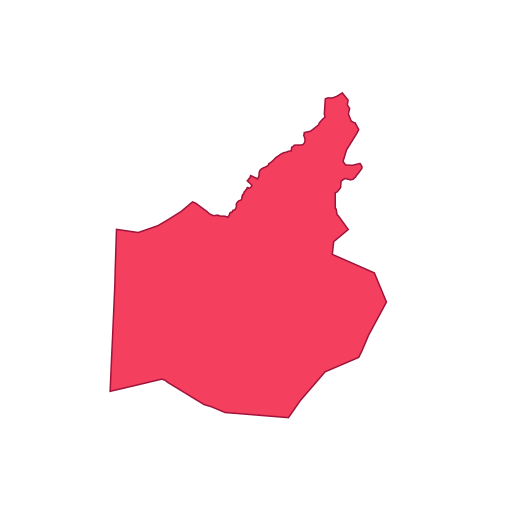 Ori Ire, Oyo, Nigeria (Natural Earth projection), rotated 205°
{"feature_id": "59680162B81796058650879", "entity_name": "Ori Ire", "entity_type": "district", "adm_level": 2, "iso_a3": "NGA", "parent_name": "Nigeria", "parent_adm1": "Oyo", "projection": "natural_earth1", "projection_center": [4.162, 8.245], "detail": "fine", "context": "isolated", "style": "filled", "palette": "rose", "viewbox_px": 512, "rotation_deg": 205, "n_neighbors": 0, "source": "geoboundaries", "source_scale": "gbopen_adm2", "svg_char_len": 4200}
<svg xmlns="http://www.w3.org/2000/svg" viewBox="0 0 512 512"><g transform="rotate(205 256 256)"><path d="M118.3,269.4L141.6,290.7L187.5,289.7L191.6,301.7L191.7,301.8L183.6,319.0L198.7,327.4L200.0,327.7L203.2,332.4L204.3,332.8L210.9,346.7L209.5,348.5L208.5,352.3L208.3,353.9L210.5,359.8L210.3,360.1L208.5,363.3L207.9,363.9L202.4,365.0L200.5,366.5L199.3,369.4L199.1,369.7L199.1,370.8L198.1,374.9L197.1,379.9L197.6,381.7L200.5,383.7L200.9,383.8L207.0,378.9L213.2,376.4L216.8,378.3L217.5,380.2L217.4,381.0L218.8,390.3L216.5,409.4L216.3,414.0L222.5,418.6L223.4,418.3L225.4,418.4L225.6,418.5L226.6,418.4L232.3,423.8L233.5,429.3L237.1,431.5L238.4,436.2L246.7,440.3L250.4,434.7L253.7,431.4L257.8,429.6L259.6,427.7L254.2,413.8L252.1,410.9L253.5,408.1L254.9,403.3L254.7,401.2L259.3,392.2L264.5,388.2L263.8,387.0L263.9,385.8L263.9,385.7L263.1,384.9L262.0,383.8L261.1,382.6L260.2,381.0L260.0,379.9L260.0,378.4L260.4,377.3L260.7,376.8L260.9,376.4L261.1,376.2L261.4,376.0L262.1,375.7L262.6,375.4L263.2,375.1L263.6,374.9L264.1,374.7L264.5,374.5L264.8,374.3L265.2,374.1L265.5,374.0L265.7,373.9L265.9,373.8L266.1,373.7L266.3,373.6L266.6,373.4L266.8,373.3L267.1,373.2L267.4,373.1L267.6,373.0L267.7,372.9L267.9,372.7L268.1,372.6L268.2,372.4L268.3,372.1L268.4,371.7L268.5,371.4L268.5,371.2L268.7,370.7L268.8,370.5L269.0,370.3L269.2,370.1L269.4,369.9L269.6,369.7L269.6,369.4L269.5,369.2L269.4,369.1L269.3,368.9L269.2,368.5L269.1,367.8L268.8,367.1L268.7,366.8L268.4,366.3L271.0,364.5L271.3,364.2L272.1,363.2L275.0,360.9L276.0,359.3L276.6,358.8L278.4,355.4L279.3,354.3L281.1,349.2L282.5,346.4L283.4,344.9L283.2,344.5L283.3,343.8L283.3,343.3L284.0,341.9L285.3,340.3L285.9,339.7L286.6,339.0L287.3,338.0L288.0,336.9L288.5,335.9L288.5,335.5L288.6,334.8L288.5,334.0L288.3,332.6L287.9,331.9L287.7,331.3L287.3,330.1L287.0,328.9L287.1,328.4L287.0,328.0L287.1,327.6L287.4,326.4L287.6,326.4L287.9,326.5L288.1,326.6L288.5,326.7L288.8,326.7L289.1,326.7L289.4,326.6L289.6,326.6L289.8,326.7L290.0,326.7L290.3,326.7L290.5,326.6L290.8,326.6L291.1,326.6L291.3,326.6L291.6,326.6L291.8,326.6L292.0,326.6L292.4,326.7L292.6,326.7L292.9,326.6L293.0,326.7L293.3,326.6L293.5,326.6L293.8,326.6L294.0,326.6L294.3,326.7L294.8,326.6L294.7,326.2L294.8,325.9L294.7,325.6L294.7,325.3L294.6,325.0L294.6,324.9L294.6,324.6L294.6,324.4L294.6,324.1L294.7,323.9L294.7,323.7L294.8,323.6L295.0,323.3L295.1,322.9L295.2,322.5L295.2,322.3L295.2,321.7L295.2,321.4L295.4,321.2L295.7,320.9L295.8,320.6L295.6,320.4L295.2,320.3L294.9,320.2L294.7,320.1L294.2,320.0L293.8,319.9L293.5,319.8L293.3,319.7L293.2,319.6L292.7,319.5L292.4,319.4L292.2,319.4L291.8,319.2L291.6,319.1L291.3,319.0L291.0,318.9L290.7,318.8L290.5,318.7L290.3,318.6L290.1,318.5L289.5,318.2L289.6,317.4L289.7,317.1L289.6,316.7L289.8,315.7L290.0,315.5L290.2,315.2L290.9,314.5L291.2,314.4L292.0,314.7L292.5,314.6L292.9,314.1L292.8,312.9L292.6,312.7L292.8,312.0L293.2,311.6L293.1,311.1L293.3,310.4L293.4,310.1L293.7,309.5L293.6,309.0L293.8,308.8L293.7,308.3L293.5,307.9L293.7,307.4L293.7,307.1L293.6,306.6L293.9,306.0L294.0,305.9L293.8,305.6L293.8,305.3L293.9,305.0L293.5,304.7L293.6,304.2L293.8,303.8L293.7,303.5L293.5,302.8L293.2,302.6L293.0,301.8L293.0,301.6L293.3,300.3L295.0,298.6L295.7,296.7L295.8,294.7L295.1,293.4L294.5,292.0L294.5,290.1L294.8,288.8L295.4,288.2L296.2,287.7L296.2,287.2L296.1,286.4L296.1,285.8L296.6,285.5L296.7,285.2L297.1,285.2L297.2,284.8L297.4,284.4L297.7,284.1L297.9,283.8L297.8,283.3L297.7,283.0L297.6,282.6L297.5,281.7L297.7,281.2L297.8,280.7L297.7,280.1L297.9,279.8L297.8,279.5L298.3,279.2L299.2,279.1L299.9,278.9L300.7,279.1L301.2,278.7L301.9,278.5L302.6,278.3L303.4,277.9L304.0,277.6L304.7,277.2L305.4,277.1L306.0,276.9L306.4,277.1L306.7,276.9L307.1,276.8L307.3,276.8L308.0,276.9L308.4,276.8L308.7,276.2L309.1,276.1L311.5,274.6L316.0,274.5L319.6,275.7L321.3,276.0L333.1,278.4L336.4,278.2L342.6,264.9L350.4,252.7L357.6,242.2L366.3,233.7L372.7,227.5L377.0,226.2L393.7,221.2L391.4,215.8L377.3,182.9L374.4,176.3L371.4,169.4L352.2,123.0L340.6,94.8L331.0,71.7L289.3,104.6L285.7,105.0L283.0,104.2L240.3,99.4L232.8,100.5L217.8,101.1L158.3,123.2L154.7,143.9L144.4,180.3L120.1,207.5L119.9,214.8L120.5,232.0L118.3,269.4Z" fill="#f43f5e" stroke="#9f1239" stroke-width="1.5"/></g></svg>